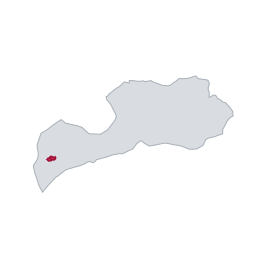 Turlavas pag., Kuldigas, Latvia shown in context, rotated 339°
{"feature_id": "27541924B11045526003149", "entity_name": "Turlavas pag.", "entity_type": "district", "adm_level": 2, "iso_a3": "LVA", "parent_name": "Latvia", "parent_adm1": "Kuldigas", "projection": "natural_earth1", "projection_center": [21.723, 56.833], "detail": "fine", "context": "in_parent", "style": "filled", "palette": "rose", "viewbox_px": 256, "rotation_deg": 339, "n_neighbors": 0, "source": "geoboundaries", "source_scale": "gbopen_adm2", "svg_char_len": 3405}
<svg xmlns="http://www.w3.org/2000/svg" viewBox="0 0 256 256"><g transform="rotate(339 128 128)"><path d="M185.8,172.3L184.4,172.1L180.2,170.9L176.7,169.2L174.6,166.9L170.9,163.7L168.5,162.1L164.8,160.1L158.5,156.0L156.3,155.1L145.3,153.3L141.4,152.5L137.6,147.8L136.4,145.1L134.6,144.6L132.7,145.2L130.6,145.7L125.7,148.9L124.1,149.4L121.0,149.4L113.9,150.1L110.7,148.9L105.0,147.7L102.0,147.5L99.2,147.5L87.2,146.3L85.0,147.6L82.8,147.9L80.7,145.8L78.0,145.2L75.0,145.9L69.7,146.0L63.3,145.3L55.2,144.8L54.0,145.0L45.0,147.8L42.8,148.2L33.0,152.9L25.2,157.3L24.3,150.3L24.9,136.3L26.0,129.4L31.4,125.3L34.1,122.2L35.6,118.0L36.1,114.2L37.2,111.0L44.9,101.8L51.0,100.8L59.3,98.3L68.5,96.2L70.3,98.9L71.2,100.9L82.4,108.4L85.2,110.9L89.6,119.5L100.0,123.9L108.1,122.5L111.6,120.4L118.1,116.5L121.0,113.6L121.5,110.9L120.2,99.1L118.3,94.0L118.9,90.8L120.0,91.0L122.8,89.4L131.8,86.6L133.6,86.5L135.6,85.9L141.2,83.7L143.1,84.9L144.6,86.2L145.5,86.2L145.9,85.7L145.8,84.9L146.1,84.3L147.8,84.6L154.5,88.2L157.0,89.0L158.7,89.2L160.9,90.9L166.5,92.0L167.2,92.9L167.7,93.9L173.1,98.4L175.5,100.7L180.2,102.8L182.3,103.3L190.4,101.2L192.7,100.4L194.6,100.4L196.5,101.5L201.0,103.0L205.0,103.5L205.7,103.4L209.1,103.5L210.3,104.1L211.1,107.0L215.1,109.3L218.7,111.2L219.6,112.0L219.9,113.7L219.8,115.7L219.4,116.7L217.9,117.9L216.7,120.8L216.6,123.7L214.7,128.6L215.2,128.7L219.5,127.8L220.7,128.3L221.7,129.4L222.1,132.4L223.6,133.8L225.1,136.0L225.6,137.7L228.4,139.7L228.7,141.0L230.6,145.5L231.3,148.2L231.7,150.2L230.9,152.8L230.3,154.6L229.4,154.5L226.9,154.9L223.1,157.1L217.4,162.1L215.9,163.2L214.5,167.0L214.2,167.4L210.8,167.2L209.8,167.1L206.4,167.2L199.0,166.2L196.1,166.9L192.4,170.7L191.0,171.3L186.6,171.8L185.8,172.3Z" fill="#d9dde1" stroke="#a8b0b8" stroke-width="1"/><path d="M49.3,130.1L49.4,129.8L49.6,129.8L49.6,129.4L49.5,129.5L49.5,129.3L49.5,129.2L49.4,129.0L49.3,128.9L49.2,128.9L48.9,128.8L48.7,128.8L48.5,128.7L48.2,128.7L47.9,128.7L47.8,128.8L47.6,128.7L46.9,128.5L46.7,128.4L46.4,128.3L46.4,128.2L46.5,128.1L46.5,127.9L46.4,127.9L46.5,127.8L46.4,127.7L46.5,127.7L46.9,127.5L46.8,127.4L46.7,127.4L46.4,127.3L46.5,127.3L46.5,127.2L46.4,127.2L46.2,127.1L45.9,127.0L46.0,127.0L46.0,126.9L45.9,126.8L45.7,126.8L45.4,126.9L45.0,127.0L45.1,127.3L45.2,127.5L45.4,127.5L45.2,127.6L45.1,127.8L45.1,128.0L45.0,128.3L44.9,128.4L44.8,128.5L44.5,128.3L44.4,128.3L44.2,128.3L44.0,128.1L43.9,127.9L44.0,127.8L43.9,127.7L43.7,127.6L43.4,127.6L43.2,127.7L43.1,127.8L43.0,127.7L42.9,127.7L42.6,127.6L42.4,127.6L42.2,127.6L42.1,127.8L42.1,128.0L41.9,128.2L41.7,128.2L41.7,128.3L41.6,128.5L41.4,128.5L41.2,128.5L41.4,128.8L41.5,128.9L41.6,129.0L41.4,129.1L41.4,129.3L41.7,129.7L41.9,129.9L42.0,129.9L42.0,130.0L42.2,130.3L42.4,130.4L42.4,130.5L42.5,130.5L42.8,130.6L43.0,130.5L43.3,130.6L43.5,130.6L43.8,130.4L43.9,130.5L43.9,130.4L44.0,130.4L44.2,130.2L44.3,130.2L44.5,130.0L44.8,130.0L45.0,130.1L44.9,130.1L45.0,130.2L45.0,130.3L45.3,130.5L45.5,130.3L45.8,130.4L46.0,130.5L45.9,130.6L46.0,130.6L45.9,130.7L46.0,130.7L46.4,130.6L46.5,130.6L46.8,130.6L46.7,130.7L46.8,130.8L46.8,131.0L47.1,131.2L47.2,131.3L47.3,131.3L47.5,131.2L47.8,131.2L48.0,131.2L47.9,131.0L47.8,130.9L48.1,130.9L48.4,130.8L48.5,130.8L48.5,130.6L49.0,130.6L48.9,130.4L49.0,130.2L48.9,130.0L48.7,130.0L49.0,129.7L49.1,129.8L49.3,129.9L49.1,130.0L49.3,130.1L49.3,130.1Z" fill="#f43f5e" stroke="#9f1239" stroke-width="1.5"/></g></svg>